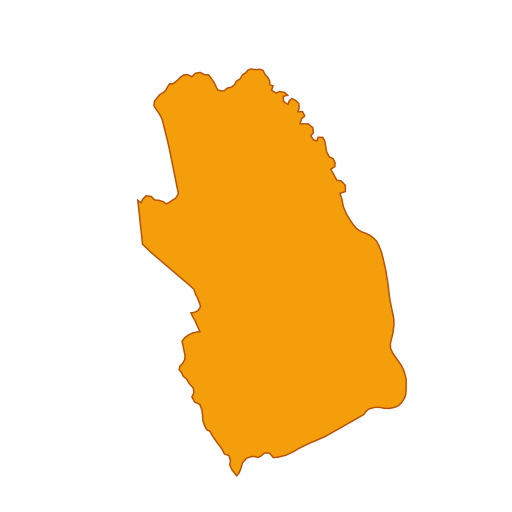 the district of Imaruí, Santa Catarina, Brazil, rotated 336°
{"feature_id": "56859067B62277062400963", "entity_name": "Imaruí", "entity_type": "district", "adm_level": 2, "iso_a3": "BRA", "parent_name": "Brazil", "parent_adm1": "Santa Catarina", "projection": "equal_earth", "projection_center": [-48.829, -28.216], "detail": "fine", "context": "isolated", "style": "filled", "palette": "amber", "viewbox_px": 512, "rotation_deg": 336, "n_neighbors": 0, "source": "geoboundaries", "source_scale": "gbopen_adm2", "svg_char_len": 2878}
<svg xmlns="http://www.w3.org/2000/svg" viewBox="0 0 512 512"><g transform="rotate(336 256 256)"><path d="M140.3,394.5L142.6,397.5L143.1,402.7L143.7,406.5L144.6,410.9L145.5,414.5L146.4,418.6L146.6,424.0L150.1,427.3L149.4,432.7L147.1,436.0L147.0,441.5L149.0,449.0L152.0,447.5L155.4,444.4L159.4,439.6L164.9,437.0L169.9,437.3L173.0,438.5L175.7,440.8L179.4,440.8L183.4,439.4L188.1,441.5L189.8,447.2L193.7,448.6L197.4,449.3L202.0,450.1L206.7,450.1L211.4,449.9L216.0,449.3L220.2,449.1L229.2,448.8L238.9,449.0L245.3,449.1L289.8,444.7L293.1,442.9L296.4,441.7L299.4,442.0L303.3,442.7L307.8,444.8L311.4,447.4L315.9,449.5L321.3,450.7L325.6,450.6L329.7,449.0L333.8,446.3L336.5,443.3L338.5,439.8L340.6,435.1L343.0,429.9L344.2,423.0L344.5,418.3L344.1,413.9L343.0,408.4L342.0,403.5L341.4,399.8L341.4,395.1L343.0,390.9L345.6,387.4L350.1,381.6L354.0,375.1L356.2,369.8L357.4,365.0L358.2,361.0L359.5,355.1L360.8,349.4L362.0,345.3L363.8,339.7L365.8,333.2L367.1,327.9L368.4,323.3L369.3,319.1L370.2,314.6L371.2,309.5L372.2,303.5L372.5,296.5L372.2,291.7L370.8,287.7L369.0,284.2L365.2,279.6L362.1,276.7L359.1,272.1L357.5,266.4L356.7,262.1L355.8,255.7L355.7,249.7L356.0,245.7L357.6,239.0L358.1,232.9L363.8,233.5L366.4,227.8L364.2,221.9L360.7,219.8L360.2,213.4L359.6,207.1L364.3,206.5L366.1,203.2L366.1,198.7L363.2,194.9L362.9,189.5L364.5,183.4L365.6,178.9L365.3,174.8L361.0,172.8L358.5,175.6L355.8,173.4L355.0,168.3L358.5,166.9L360.1,161.9L357.5,156.6L353.8,154.9L350.0,153.2L353.4,149.2L357.5,147.9L357.2,143.0L353.1,141.4L355.6,138.4L357.1,134.2L355.5,130.0L352.8,126.8L349.4,127.8L346.8,130.6L344.0,125.9L345.9,121.3L350.3,122.0L348.4,118.1L344.4,115.3L340.4,115.3L337.7,110.7L340.8,107.6L338.1,105.1L339.7,101.9L339.4,97.5L338.1,93.7L337.9,89.3L335.5,87.0L331.7,85.7L327.5,83.1L323.9,83.0L321.1,84.4L317.4,85.0L313.7,87.6L309.0,88.4L306.2,90.7L302.6,91.8L298.0,90.9L294.1,92.2L291.2,90.9L288.5,88.6L288.3,80.6L287.2,74.7L286.3,71.0L283.1,69.8L279.7,65.6L275.0,64.4L270.4,66.1L267.1,62.5L264.1,61.3L260.0,61.8L255.9,63.5L253.0,64.2L250.0,65.0L247.1,63.5L243.9,65.6L240.9,67.9L237.5,69.0L233.9,69.4L230.6,71.0L226.2,73.3L223.9,77.2L224.5,81.9L225.4,86.1L225.9,92.4L222.1,114.4L220.6,121.9L210.4,167.7L205.9,170.6L201.6,171.1L198.7,171.7L195.5,172.0L192.9,168.2L189.9,165.6L186.3,163.7L184.6,159.1L180.1,156.3L175.4,158.1L172.6,160.7L170.7,157.0L157.1,199.1L161.7,210.3L183.9,256.9L185.8,261.2L185.2,266.4L185.5,270.4L185.2,275.2L184.9,279.6L180.6,282.4L176.6,282.4L173.4,281.5L173.5,285.7L174.0,290.6L174.0,297.0L174.0,302.4L170.5,301.2L166.7,300.5L162.1,300.7L157.8,301.6L153.8,303.7L152.7,308.8L151.6,314.0L150.7,318.0L148.8,321.6L145.3,324.3L141.8,325.6L139.5,328.5L140.6,332.6L140.6,336.5L142.5,339.9L143.1,345.4L145.0,351.1L143.6,355.7L140.1,358.7L140.6,364.5L144.3,368.6L143.9,374.7L142.3,380.2L140.6,384.6L140.0,389.7L140.3,394.5Z" fill="#f59e0b" stroke="#b45309" stroke-width="1.5"/></g></svg>